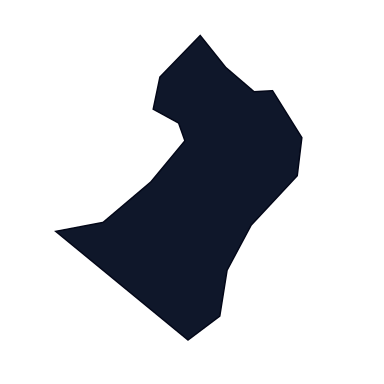 the state/province of Għasri, rotated 228°
{"feature_id": "MLT-5976", "entity_name": "Għasri", "entity_type": "state/province", "adm_level": 1, "iso_a3": "MLT", "parent_name": "Malta", "parent_adm1": "", "projection": "orthographic", "projection_center": [14.227, 36.06], "detail": "fine", "context": "isolated", "style": "filled", "palette": "ink", "viewbox_px": 384, "rotation_deg": 228, "n_neighbors": 0, "source": "natural_earth", "source_scale": "10m", "svg_char_len": 381}
<svg xmlns="http://www.w3.org/2000/svg" viewBox="0 0 384 384"><g transform="rotate(228 192 192)"><path d="M84.7,90.0L253.9,64.4L228.9,105.6L227.0,168.1L234.8,221.0L252.2,228.2L279.5,218.6L298.9,245.1L302.8,302.8L262.0,300.4L225.0,305.2L213.4,319.6L158.9,310.0L133.7,281.1L127.8,213.8L110.4,165.7L81.2,129.6L84.7,90.0Z" fill="#0f172a" stroke="#020617" stroke-width="1.5"/></g></svg>